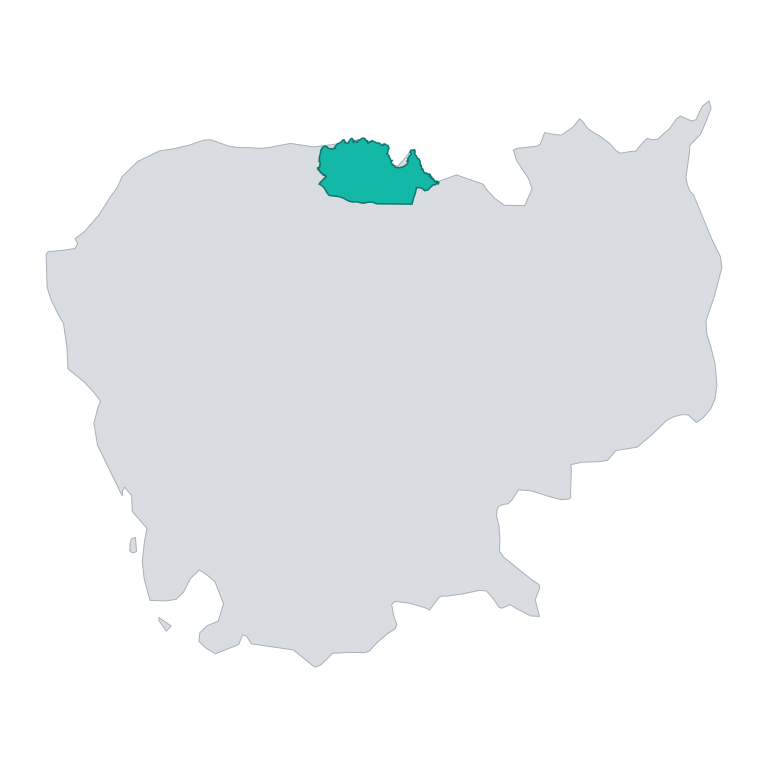 location of Choam Ksant, Preah Vihéar, Cambodia
{"feature_id": "14789045B63447960105110", "entity_name": "Choam Ksant", "entity_type": "district", "adm_level": 2, "iso_a3": "KHM", "parent_name": "Cambodia", "parent_adm1": "Preah Vihéar", "projection": "albers", "projection_center": [104.9, 14.186], "detail": "fine", "context": "in_parent", "style": "filled", "palette": "teal", "viewbox_px": 768, "rotation_deg": 0, "n_neighbors": 0, "source": "geoboundaries", "source_scale": "gbopen_adm2", "svg_char_len": 8553}
<svg xmlns="http://www.w3.org/2000/svg" viewBox="0 0 768 768"><path d="M709.1,101.0L711.1,108.2L705.9,122.0L700.4,134.5L689.8,145.4L689.4,153.4L685.9,177.3L687.4,184.9L690.0,191.3L693.5,194.8L703.1,218.0L711.8,239.1L720.3,256.5L721.9,267.5L714.6,295.5L705.9,321.2L706.8,334.0L710.8,346.8L715.1,363.8L716.9,385.6L714.8,399.8L710.8,408.7L703.2,417.8L696.4,422.5L688.2,414.9L681.8,414.6L673.1,417.0L666.3,420.7L652.5,434.1L637.2,447.1L615.8,450.6L607.6,460.3L598.7,461.7L581.8,462.3L570.8,464.6L571.3,469.4L570.6,492.2L570.8,497.5L569.1,499.0L561.5,499.7L548.5,496.3L530.9,490.7L518.4,489.9L512.0,499.9L508.2,503.8L503.5,504.4L498.6,506.2L496.9,510.6L496.5,516.1L499.0,525.6L499.9,540.6L499.3,550.9L504.0,557.4L530.9,579.1L538.9,584.5L539.8,587.7L535.2,599.6L539.4,616.3L531.0,616.0L516.9,608.9L510.2,604.6L502.1,608.1L499.2,607.5L493.7,599.3L486.5,590.9L479.0,590.4L463.4,593.8L447.4,596.1L441.3,596.1L438.8,597.6L429.6,610.1L425.6,607.9L409.5,603.2L394.8,601.4L391.7,604.6L393.5,614.8L396.8,624.7L394.9,629.0L386.8,634.2L376.1,643.6L369.5,650.9L365.0,652.7L348.7,652.4L332.4,653.3L325.9,660.2L319.8,665.6L314.5,667.0L293.3,649.9L251.2,643.8L246.7,636.3L242.6,634.8L238.7,644.5L215.5,653.8L205.9,648.1L198.8,641.2L199.9,632.8L206.7,625.9L218.2,621.1L223.6,603.8L214.9,581.7L207.3,575.2L199.3,570.0L190.7,578.2L183.5,592.2L176.0,599.4L165.4,601.0L150.0,600.3L144.2,579.2L142.3,561.2L144.6,540.6L147.0,528.4L132.3,511.5L131.6,495.5L124.5,487.2L122.4,491.3L122.6,495.9L120.6,492.6L97.6,445.4L93.9,423.5L98.1,406.8L100.5,401.2L93.8,392.3L84.5,382.2L67.9,368.8L67.0,348.0L63.5,323.4L58.6,315.1L51.1,299.9L47.1,287.3L46.1,254.2L48.2,251.6L60.0,250.7L75.2,248.5L77.6,243.2L75.0,238.8L84.7,231.4L98.8,215.1L109.6,198.0L117.4,187.2L122.1,176.5L137.8,161.4L159.3,151.0L173.8,148.7L189.0,145.2L203.6,140.2L210.4,139.7L228.4,146.0L238.2,147.6L248.4,147.6L259.0,148.3L268.2,147.7L290.3,143.4L313.7,146.9L334.6,144.3L360.5,139.3L373.2,142.4L384.8,147.4L386.4,157.5L389.1,162.1L393.0,165.7L398.1,165.7L404.7,158.6L410.2,151.4L412.0,150.0L412.3,153.6L415.0,161.4L420.0,169.2L425.0,174.3L433.3,181.1L438.7,181.4L456.4,174.9L483.0,184.2L486.1,188.9L494.8,198.4L504.1,205.2L524.8,205.6L532.1,188.7L528.5,178.5L516.6,160.7L513.4,150.1L517.1,148.3L537.1,146.2L540.3,144.1L544.7,132.5L550.1,133.8L561.2,135.2L572.8,127.2L579.7,118.8L583.5,122.6L587.7,128.4L592.2,131.7L600.7,136.7L610.0,143.7L615.9,150.5L620.5,153.2L632.4,151.2L635.6,151.4L642.4,143.0L647.2,138.4L651.3,139.6L657.3,139.4L669.5,128.7L676.5,118.8L680.4,116.1L691.5,120.9L695.9,119.8L702.2,106.3L709.1,101.0ZM136.5,551.4L134.1,552.7L132.0,552.6L129.8,550.7L130.1,543.1L131.7,538.5L135.5,537.6L136.5,551.4ZM171.2,626.1L166.4,631.1L158.9,620.6L159.0,617.6L171.2,626.1Z" fill="#d9dde1" stroke="#a8b0b8" stroke-width="1"/><path d="M438.9,182.3L438.7,182.2L438.5,182.4L437.7,181.6L437.4,181.8L437.1,181.7L436.7,182.1L436.2,181.8L436.2,182.0L435.8,181.7L435.9,181.3L435.4,181.5L435.5,181.9L435.4,181.9L435.3,181.7L434.8,181.8L434.8,181.6L435.0,181.5L434.7,181.5L434.2,180.9L434.3,180.7L434.2,180.5L434.2,180.1L433.9,180.2L433.6,180.0L433.6,179.8L433.4,179.7L433.0,179.4L433.1,178.9L432.9,179.0L432.5,178.9L432.3,178.6L432.0,178.4L432.0,178.0L431.8,178.0L431.9,177.9L431.4,177.5L431.6,177.3L431.6,177.1L431.1,177.2L430.8,177.2L430.7,177.0L430.4,176.8L430.5,176.6L430.0,176.4L430.5,175.9L430.3,175.8L430.3,175.5L430.2,175.6L430.0,175.4L429.9,175.2L429.6,175.3L429.7,175.1L430.0,174.9L430.1,174.6L429.6,174.4L429.5,174.1L429.0,174.2L428.9,174.0L428.5,174.0L428.4,174.0L428.6,174.2L428.2,174.3L428.0,174.2L427.7,174.1L427.5,173.9L427.5,173.7L427.4,173.9L427.2,173.8L426.7,173.8L426.5,173.6L426.7,173.3L426.7,173.2L426.3,172.9L426.2,172.9L425.4,173.2L425.0,173.0L424.6,173.1L424.5,172.8L423.9,172.4L423.7,172.2L423.9,171.8L423.7,171.3L423.2,170.0L422.4,169.8L422.7,169.7L422.7,168.9L422.1,168.4L421.6,168.2L421.4,167.9L421.5,166.8L421.2,166.4L421.4,165.8L421.1,165.4L420.4,165.2L420.4,164.3L420.1,163.9L420.2,162.3L420.1,161.4L419.3,159.6L418.8,159.0L417.6,158.4L417.2,158.1L416.9,157.1L416.4,156.2L416.3,155.9L415.2,154.9L414.9,154.4L414.8,153.8L414.9,153.5L414.9,152.6L415.0,152.6L415.0,152.3L415.1,151.7L414.8,151.3L415.0,150.4L414.2,149.7L413.2,149.9L412.4,150.6L411.8,150.5L411.1,150.1L410.5,151.1L410.1,151.5L410.2,151.8L410.0,152.6L411.1,153.3L411.2,153.6L411.2,154.2L410.9,154.7L410.4,154.9L410.2,155.5L409.4,155.8L409.1,156.0L409.1,157.5L408.4,157.7L408.0,158.1L407.8,159.1L408.2,160.2L407.1,161.0L407.0,161.4L407.1,161.5L407.9,161.4L408.3,161.7L408.3,162.1L408.1,162.4L407.5,163.3L407.3,163.7L406.9,164.2L405.8,165.0L404.9,165.9L403.3,166.4L402.6,167.4L401.7,167.5L401.3,167.3L400.6,167.2L399.6,167.9L399.2,168.0L398.4,167.5L396.4,167.5L395.1,167.3L394.6,166.3L394.5,165.7L394.1,165.6L393.3,165.3L392.8,164.8L392.6,164.6L392.7,164.3L392.1,164.3L391.6,163.8L391.3,162.8L391.3,162.5L391.5,162.2L391.6,161.6L392.1,160.7L391.2,160.9L390.6,159.7L390.6,159.2L390.3,158.9L389.3,157.3L389.2,156.1L389.0,155.8L388.7,155.4L387.5,154.6L386.7,153.7L386.8,153.5L387.5,153.3L387.6,153.2L387.8,152.5L387.7,151.7L387.8,151.2L387.7,150.5L388.5,149.5L389.0,148.0L388.8,147.4L388.0,146.4L387.9,146.1L387.9,145.6L387.4,145.7L386.6,145.0L385.8,144.7L385.3,144.0L385.1,144.0L384.7,144.0L384.2,144.4L383.5,144.1L383.3,144.1L383.2,144.3L383.1,145.3L382.5,145.5L381.8,145.3L381.2,144.9L380.6,144.0L380.1,143.8L379.0,143.1L378.7,142.8L378.3,143.1L378.0,143.1L376.6,143.0L376.0,142.6L375.8,142.2L375.2,142.2L374.2,141.7L373.2,141.3L372.7,140.8L372.3,140.6L371.9,140.9L371.1,141.8L370.9,141.8L370.7,141.4L370.2,141.9L369.9,142.1L368.4,142.6L368.3,143.1L368.0,143.2L367.6,143.1L367.5,142.8L367.7,142.0L367.5,141.7L367.5,140.9L366.7,140.5L365.7,140.6L365.7,140.1L365.4,139.1L364.3,138.2L364.1,138.1L362.1,138.3L360.4,139.7L359.0,139.9L357.7,141.1L357.8,141.5L357.4,141.9L357.4,142.3L357.1,142.2L356.7,141.8L356.3,141.7L355.7,141.2L355.4,141.1L354.5,141.3L353.7,142.4L353.5,142.5L353.1,142.3L353.0,142.0L353.5,140.3L353.4,140.0L352.5,139.3L352.3,139.0L352.1,138.5L351.6,138.4L351.0,138.7L350.3,139.4L350.0,140.1L349.2,141.0L349.1,141.8L348.8,142.3L348.6,142.9L347.9,143.3L345.3,142.9L344.5,141.8L344.9,141.4L344.4,140.2L344.1,139.9L342.9,139.9L341.1,142.0L339.5,143.2L338.0,143.4L337.1,144.3L336.4,145.4L335.1,146.2L335.0,146.4L335.2,148.3L334.7,148.4L334.0,148.1L333.5,148.5L333.3,148.9L332.7,149.0L331.4,148.9L330.7,148.6L329.7,148.8L329.4,148.8L328.9,148.3L328.1,148.1L326.9,146.7L324.8,146.1L324.5,146.4L323.1,147.0L322.4,147.5L321.9,148.2L321.9,148.3L322.2,148.8L322.2,149.2L321.3,149.9L320.8,150.1L320.5,152.4L320.6,152.7L320.4,153.0L320.5,153.4L320.4,154.0L320.2,154.2L320.0,155.1L319.6,155.8L319.5,156.9L319.2,158.1L319.6,158.8L319.2,159.8L319.5,160.4L319.6,160.8L319.4,161.1L319.1,161.3L319.3,161.5L319.5,161.5L319.9,161.8L319.8,162.0L320.1,162.6L320.1,163.0L320.2,163.4L319.9,163.8L320.1,163.9L320.3,164.5L320.3,164.8L320.1,164.9L319.9,165.2L319.7,166.2L319.4,166.5L319.6,166.8L319.6,167.4L319.3,167.7L319.0,167.7L319.0,167.8L318.5,167.8L318.3,167.6L317.8,167.7L317.5,168.0L317.6,168.5L318.0,168.9L317.8,169.1L318.1,169.3L318.6,169.3L318.8,169.5L318.6,169.8L319.0,170.0L318.8,170.3L319.5,170.7L319.5,171.0L319.9,171.3L320.1,172.1L320.7,172.2L321.1,172.5L321.4,172.9L321.3,173.4L322.0,173.6L322.1,173.8L322.3,173.9L322.3,173.7L322.4,173.8L322.6,174.0L322.8,174.4L323.0,174.3L323.4,174.4L323.5,174.5L323.4,174.9L323.7,174.9L323.8,175.1L324.2,174.9L324.4,175.1L324.7,175.1L324.7,175.3L324.9,175.3L324.9,175.5L325.3,175.6L325.7,175.9L325.5,176.1L325.6,176.3L325.9,176.3L326.0,176.5L325.9,176.7L325.7,177.4L325.0,177.4L324.9,177.8L324.9,178.2L324.4,178.3L324.0,178.8L323.8,178.8L323.7,179.3L323.2,179.8L322.9,179.8L322.3,180.1L321.6,181.5L320.9,181.6L320.3,182.6L320.0,182.8L319.5,183.1L319.4,183.9L319.2,184.2L319.9,184.4L321.0,185.1L323.2,186.9L324.3,188.1L327.0,192.7L328.5,194.7L329.2,195.3L332.2,195.8L338.9,196.6L341.1,197.3L343.7,198.3L347.6,200.5L348.7,201.0L349.7,201.3L352.0,201.9L352.7,202.0L356.3,201.8L356.4,201.7L357.1,201.8L361.3,202.9L363.0,203.1L364.2,203.1L366.1,202.6L369.1,202.1L371.9,202.1L373.5,202.5L375.7,203.5L377.3,203.8L412.0,204.1L414.0,196.7L414.7,195.1L415.6,192.5L415.8,190.5L416.1,189.7L416.5,187.7L420.2,187.7L421.1,187.9L421.6,188.1L422.0,188.5L423.6,189.6L424.8,190.8L425.9,190.3L427.8,190.0L428.5,189.6L430.1,187.6L431.4,186.5L431.6,186.1L432.0,186.1L432.2,185.1L433.0,184.9L433.5,184.7L434.3,185.0L434.8,184.8L435.2,184.8L435.6,184.5L436.1,184.0L436.7,183.7L437.5,183.7L437.9,183.9L438.1,183.6L438.4,183.7L438.6,183.0L438.8,182.7L438.9,182.3Z" fill="#14b8a6" stroke="#0f766e" stroke-width="1.5"/></svg>